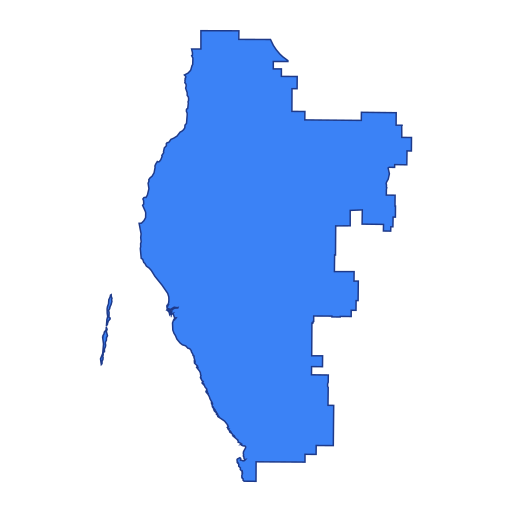 Carnarvon, Western Australia, Australia
{"feature_id": "25037944B73025640718230", "entity_name": "Carnarvon", "entity_type": "district", "adm_level": 2, "iso_a3": "AUS", "parent_name": "Australia", "parent_adm1": "Western Australia", "projection": "orthographic", "projection_center": [113.812, -24.467], "detail": "fine", "context": "isolated", "style": "filled", "palette": "blue", "viewbox_px": 512, "rotation_deg": 0, "n_neighbors": 0, "source": "geoboundaries", "source_scale": "gbopen_adm2", "svg_char_len": 6093}
<svg xmlns="http://www.w3.org/2000/svg" viewBox="0 0 512 512"><path d="M287.9,60.6L282.8,56.8L279.8,54.0L276.2,49.7L273.4,45.5L270.5,39.5L238.8,39.4L238.9,30.8L200.9,30.7L200.9,49.0L191.6,49.0L192.5,52.9L192.4,55.3L191.7,55.7L192.9,58.1L192.7,64.5L192.0,65.6L190.8,69.9L190.3,70.7L188.0,73.1L184.4,75.0L185.7,76.3L185.7,77.8L185.1,78.3L185.4,79.3L184.9,80.0L185.1,81.5L184.8,82.7L185.8,83.8L186.1,84.9L186.2,86.0L185.6,88.1L187.2,92.7L187.2,95.4L188.3,96.9L188.6,98.6L188.5,100.6L188.0,101.9L188.3,103.1L187.8,107.9L187.6,108.6L186.7,109.0L186.4,109.7L186.4,111.4L187.1,112.9L187.2,114.7L186.5,123.4L185.0,125.1L184.8,127.8L183.5,129.8L181.6,131.4L180.2,132.0L177.0,136.1L173.8,138.1L170.9,139.4L169.1,142.0L168.1,142.6L167.2,142.6L166.3,143.6L166.4,145.7L164.3,147.9L163.5,151.7L163.7,152.7L162.1,155.0L161.8,155.7L162.1,156.4L160.7,159.9L159.2,161.7L158.0,161.9L157.3,161.5L155.7,164.1L154.9,166.0L155.1,167.3L154.1,172.7L152.1,176.2L150.1,177.8L148.8,179.6L148.9,181.3L148.1,183.2L148.9,188.7L147.4,195.0L146.0,197.5L145.2,197.3L143.9,197.6L142.9,199.0L143.6,200.7L143.7,204.1L142.6,205.3L145.4,211.6L145.7,212.9L145.6,217.6L143.9,220.7L141.4,223.2L139.1,223.3L141.1,233.9L140.7,237.7L141.2,241.9L140.6,243.6L140.7,246.6L140.3,248.5L141.2,258.3L142.7,259.3L143.8,262.5L144.8,263.3L146.4,266.1L149.2,268.1L151.4,270.6L154.9,276.3L162.0,285.1L167.7,293.4L168.8,297.0L168.9,300.3L168.6,303.0L167.7,304.9L168.1,304.5L167.4,307.3L167.4,305.5L167.7,305.3L167.3,305.3L167.5,304.9L167.2,305.2L167.1,306.7L166.9,306.6L167.1,308.5L167.2,308.0L167.4,308.8L168.7,308.7L168.6,309.3L170.6,309.3L174.2,307.2L177.2,307.7L178.0,307.5L177.8,308.0L174.7,308.2L173.0,309.0L172.4,309.8L170.9,310.2L170.3,311.3L171.1,311.8L171.7,311.7L171.4,313.0L170.6,314.0L171.1,315.0L171.2,313.8L171.3,314.8L171.7,314.0L172.9,313.5L172.6,313.9L173.4,314.4L174.4,317.4L175.5,318.0L176.1,317.9L175.7,318.5L174.7,318.5L174.7,319.4L174.0,319.4L174.2,320.0L173.5,320.2L172.5,323.0L172.8,330.0L174.0,333.3L175.5,335.7L176.9,339.1L180.1,343.0L182.4,344.8L185.6,345.8L188.0,348.3L189.6,348.6L191.4,350.8L191.3,351.6L192.9,354.3L193.0,355.4L193.3,355.8L193.8,355.8L194.1,356.7L193.9,357.1L195.2,362.0L194.9,362.4L194.4,361.9L194.5,363.1L198.0,366.5L197.2,366.2L197.9,367.6L197.6,367.7L196.2,366.8L199.5,371.0L200.4,372.8L200.6,374.8L201.0,375.5L200.6,376.7L200.9,377.7L200.5,377.4L200.4,377.6L202.0,380.6L203.1,381.4L202.4,382.2L203.1,383.1L201.7,382.6L204.5,385.7L205.0,387.0L206.8,389.1L206.6,389.4L207.3,391.6L206.4,391.1L206.3,392.0L206.2,390.7L206.0,391.6L205.6,391.4L207.4,393.6L208.1,393.8L207.9,394.2L209.3,396.6L210.0,398.8L212.5,403.4L212.5,404.8L212.0,403.0L211.7,403.7L211.7,402.8L211.4,402.9L211.6,403.8L212.0,403.8L212.4,406.8L213.2,408.0L212.9,406.8L213.2,406.9L213.4,407.7L215.4,410.4L213.5,408.4L213.6,409.1L215.4,410.9L214.2,410.4L214.1,410.6L215.9,412.5L215.7,412.1L216.2,412.3L215.5,411.4L215.9,411.4L218.5,416.2L219.4,417.2L217.9,416.1L217.8,416.5L224.6,421.1L228.0,425.4L227.3,425.0L228.3,426.4L227.3,427.4L228.3,428.2L227.8,428.2L228.0,429.0L229.5,430.2L229.0,430.1L229.7,431.2L230.2,431.0L231.2,432.4L231.1,432.7L230.5,432.4L229.5,431.3L229.8,432.1L231.9,433.5L233.4,435.8L233.9,435.9L233.3,435.4L233.6,435.3L234.3,435.9L234.7,436.7L233.8,436.6L237.3,439.6L236.9,439.7L237.5,439.8L238.5,442.0L238.3,442.2L240.9,443.4L241.3,444.1L240.9,444.4L241.7,444.3L241.6,445.2L243.2,445.9L244.8,445.9L245.7,446.9L245.5,448.0L243.5,451.7L243.3,453.4L243.6,454.8L243.3,456.0L243.9,457.0L244.0,458.3L244.6,459.7L245.5,459.5L244.5,460.6L243.1,460.9L241.5,460.2L240.5,460.2L240.7,458.4L239.9,457.7L237.4,459.0L237.0,459.7L237.2,461.7L237.8,462.4L237.4,462.7L238.8,464.2L238.7,466.2L240.4,467.8L240.3,469.5L242.1,471.4L242.1,472.0L242.3,471.7L242.5,473.5L241.7,476.0L242.2,477.5L241.9,477.8L243.2,479.0L243.0,480.1L244.1,481.2L244.6,481.2L256.0,481.3L256.1,461.8L305.0,462.1L305.0,454.3L316.1,454.4L316.2,445.5L333.3,445.6L333.7,405.4L328.0,405.3L328.2,387.4L327.6,386.4L327.6,383.9L328.2,382.2L328.3,375.0L311.5,374.8L311.6,366.6L322.5,366.7L322.6,355.8L311.7,355.8L311.9,323.3L312.4,323.3L312.4,322.7L313.0,322.8L313.2,321.4L313.7,321.4L313.7,316.0L331.9,316.1L331.9,316.9L340.2,317.0L340.2,316.4L351.2,316.5L351.2,310.3L356.0,310.3L356.1,300.6L358.1,300.6L358.3,281.1L354.0,281.1L354.1,271.6L334.4,271.6L334.6,254.9L335.5,255.0L335.7,225.9L350.2,225.8L350.2,210.4L362.3,209.9L362.1,224.1L383.5,224.4L383.4,231.0L390.7,231.1L390.8,226.8L392.9,226.8L393.1,217.1L395.4,217.1L395.5,206.1L395.0,206.1L395.1,195.2L386.3,195.1L386.4,189.2L386.8,187.6L386.4,187.2L386.5,184.8L386.1,183.8L386.5,182.2L388.2,179.2L389.4,173.8L388.1,168.0L389.1,167.3L394.6,167.4L394.7,164.6L406.8,164.8L407.0,150.9L411.4,151.0L411.5,137.5L401.8,137.4L401.7,125.5L402.7,125.2L396.1,125.2L396.2,112.7L361.4,112.3L361.3,120.4L304.8,119.9L304.9,111.5L291.9,111.4L292.0,88.7L297.1,88.7L297.2,76.5L281.4,76.4L281.4,68.9L273.3,68.9L273.3,61.5L287.9,61.5L287.9,60.6ZM104.5,351.7L104.4,349.0L105.4,346.8L105.7,344.9L105.4,344.6L105.4,342.1L106.4,340.3L106.5,337.7L107.5,335.8L106.5,332.0L106.2,331.9L107.1,329.4L107.0,328.8L106.6,328.5L106.3,326.7L106.1,329.9L104.3,332.1L104.1,333.6L102.9,335.8L103.0,336.9L102.6,337.1L103.5,344.0L102.7,353.5L100.5,358.8L101.3,364.5L102.0,363.7L102.1,361.0L102.9,359.7L103.1,357.4L102.7,356.4L103.2,354.9L103.1,353.0L103.7,352.1L104.5,351.7ZM107.2,313.3L107.7,316.5L106.9,319.5L106.4,326.0L107.6,323.9L107.4,322.9L108.1,322.0L108.1,321.3L110.1,319.0L110.1,318.0L109.3,317.8L109.0,317.1L109.1,312.6L108.6,310.4L109.6,308.8L109.9,307.7L109.7,307.5L111.1,304.5L111.9,301.4L111.6,299.7L112.0,298.4L111.2,296.2L111.2,294.7L110.5,295.1L110.1,297.0L108.8,299.7L108.5,303.8L107.4,306.8L107.1,308.9L107.2,313.3ZM169.9,313.7L169.5,312.9L170.2,313.2L169.7,312.2L170.2,311.4L170.3,310.2L168.4,310.2L168.1,310.4L168.4,311.1L167.4,310.3L169.2,312.3L169.6,314.3L169.9,313.7ZM170.0,312.6L170.7,312.8L171.4,312.2L170.4,311.5L169.9,312.1L170.0,312.6ZM217.3,415.0L217.3,414.5L216.9,413.8L216.6,414.0L216.4,413.3L216.3,414.0L217.3,415.0ZM168.4,309.3L167.1,309.3L166.9,309.8L168.4,309.3Z" fill="#3b82f6" stroke="#1e3a8a" stroke-width="1.5"/></svg>